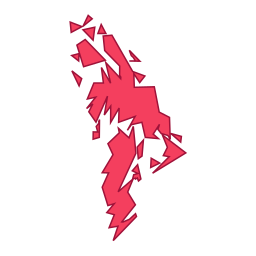 Bømlo nor, Hordaland, Norway
{"feature_id": "86288312B58767518046388", "entity_name": "Bømlo nor", "entity_type": "district", "adm_level": 2, "iso_a3": "NOR", "parent_name": "Norway", "parent_adm1": "Hordaland", "projection": "mercator", "projection_center": [5.207, 59.741], "detail": "medium", "context": "isolated", "style": "filled", "palette": "rose", "viewbox_px": 256, "rotation_deg": 0, "n_neighbors": 0, "source": "geoboundaries", "source_scale": "gbopen_adm2", "svg_char_len": 1848}
<svg xmlns="http://www.w3.org/2000/svg" viewBox="0 0 256 256"><path d="M107.5,96.1L104.3,115.0L110.7,106.1L110.6,122.6L119.1,108.0L118.6,122.3L135.1,116.4L127.4,130.3L131.3,124.7L141.9,122.3L145.3,137.4L158.4,138.6L153.2,134.1L159.5,124.3L157.9,129.3L161.2,133.5L167.7,135.4L168.9,136.9L169.7,139.1L170.2,138.9L169.5,117.4L159.2,112.1L154.3,86.8L134.3,87.3L133.8,73.6L139.7,82.6L144.9,76.0L132.7,71.5L111.9,35.2L103.2,36.0L104.7,50.6L119.7,66.0L119.6,75.3L120.8,77.1L120.7,78.7L105.8,62.6L110.6,83.2L101.4,67.5L103.4,83.0L93.9,83.0L87.3,99.0L95.7,97.2L86.6,108.5L92.8,103.9L88.8,111.8L96.0,122.2L107.5,96.1ZM129.0,137.8L118.4,128.2L119.3,132.8L107.9,143.7L113.0,154.7L102.2,172.7L108.6,172.9L102.2,187.2L107.9,205.6L114.2,203.7L106.8,212.6L114.3,214.7L109.1,227.7L118.0,226.2L113.2,240.6L136.5,216.5L135.5,213.7L129.4,219.3L123.0,222.0L121.8,221.9L135.4,204.8L127.7,192.1L133.1,178.9L118.1,191.8L135.9,153.3L133.3,126.4L129.0,137.8ZM85.2,39.5L76.9,45.1L83.6,66.7L105.3,60.2L85.2,39.5ZM162.4,135.0L167.4,147.3L163.3,155.6L169.2,156.7L152.6,173.2L185.8,152.9L162.4,135.0ZM82.0,26.6L70.2,22.1L71.2,32.4L82.0,26.6ZM94.8,27.2L83.0,29.8L93.1,40.2L94.8,27.2ZM139.9,61.2L129.3,50.3L131.3,55.6L133.3,57.5L135.4,60.9L129.3,61.0L139.9,61.2ZM143.4,140.1L137.2,147.1L138.3,158.7L142.0,156.1L143.4,140.1ZM137.6,164.7L132.3,170.8L137.9,173.5L133.7,174.7L132.6,179.0L135.3,178.2L135.6,179.0L137.3,178.0L138.5,181.0L140.9,179.0L137.6,164.7ZM81.7,78.6L71.9,70.9L79.1,85.9L81.7,78.6ZM99.3,137.4L99.5,119.6L98.7,121.7L99.0,123.0L96.2,126.5L97.8,132.0L93.2,131.9L93.1,139.2L99.3,137.4ZM101.2,24.5L97.9,33.5L105.9,33.5L101.2,24.5ZM181.4,136.4L170.8,133.5L180.7,142.1L181.4,136.4ZM159.7,163.1L151.2,158.2L150.7,167.5L159.7,163.1ZM88.2,15.4L83.0,26.3L92.2,18.8L88.2,15.4ZM79.0,53.6L71.7,55.5L78.7,61.0L79.0,53.6Z" fill="#f43f5e" stroke="#9f1239" stroke-width="1.5"/></svg>